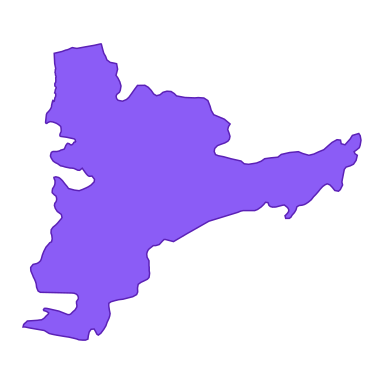 Tatau, Sarawak, Malaysia (Mercator projection)
{"feature_id": "92858781B61228252123101", "entity_name": "Tatau", "entity_type": "district", "adm_level": 2, "iso_a3": "MYS", "parent_name": "Malaysia", "parent_adm1": "Sarawak", "projection": "mercator", "projection_center": [112.968, 2.625], "detail": "fine", "context": "isolated", "style": "filled", "palette": "violet", "viewbox_px": 384, "rotation_deg": 0, "n_neighbors": 0, "source": "geoboundaries", "source_scale": "gbopen_adm2", "svg_char_len": 5396}
<svg xmlns="http://www.w3.org/2000/svg" viewBox="0 0 384 384"><path d="M30.4,328.1L44.3,330.5L49.2,333.5L52.9,334.4L56.5,335.1L60.0,335.7L64.1,336.4L68.8,337.1L72.8,338.0L76.5,338.9L78.9,339.8L82.5,340.1L85.5,340.1L87.9,339.1L88.3,335.9L89.2,332.0L91.1,329.3L94.1,329.0L95.5,331.4L96.9,334.2L98.3,335.1L100.8,333.3L103.8,329.3L105.9,325.8L107.1,322.3L108.9,318.5L109.7,316.0L110.1,313.6L109.3,309.6L108.8,306.1L108.8,303.3L110.9,301.8L115.0,300.6L118.7,299.7L123.0,299.2L132.8,296.7L136.6,294.6L137.7,292.0L137.5,288.0L138.2,284.3L141.0,282.3L143.8,281.0L147.4,279.2L149.0,277.5L149.4,275.1L149.6,273.1L149.2,270.7L149.2,267.3L149.0,265.7L149.0,263.6L149.0,260.8L148.0,258.9L147.1,257.3L146.7,254.0L147.2,252.0L147.9,250.4L149.1,248.9L153.3,245.6L155.7,245.6L159.3,244.5L162.3,241.2L164.0,239.5L165.5,239.5L173.5,241.6L186.9,233.7L208.9,221.2L237.9,212.3L240.7,211.1L243.1,210.6L250.1,210.6L254.7,210.6L257.5,209.5L261.1,207.0L263.8,204.4L265.5,202.3L268.0,202.6L268.9,205.2L270.3,206.5L272.4,207.1L275.8,207.0L282.3,205.3L284.3,205.0L286.9,207.0L288.0,208.2L288.7,209.6L288.7,211.3L287.5,213.2L285.7,215.1L285.0,215.7L285.7,218.4L288.4,218.4L289.3,218.4L291.0,217.1L292.0,215.3L294.4,212.6L296.0,209.9L296.9,206.8L299.1,205.5L302.0,205.2L304.2,204.6L306.0,203.7L308.4,202.1L311.3,199.7L313.6,196.7L315.8,194.5L318.5,191.4L320.2,189.2L322.7,186.5L324.9,184.9L327.2,183.8L329.9,184.9L332.3,187.4L334.8,190.5L338.5,191.2L340.3,189.6L342.6,185.0L341.9,182.0L342.3,179.6L344.3,169.4L346.1,167.1L350.3,165.8L353.5,164.2L356.1,160.4L357.3,155.3L355.0,153.7L354.1,151.7L356.6,149.9L359.3,147.7L360.2,145.0L361.0,140.2L360.2,135.7L358.8,133.5L352.4,135.4L351.3,137.1L350.3,138.8L345.0,144.8L341.2,143.7L340.5,140.1L337.0,139.7L332.1,142.4L328.5,145.5L323.8,149.7L318.5,151.9L314.0,154.0L308.9,155.3L302.7,153.5L298.4,151.7L289.7,152.5L281.3,154.4L277.8,157.2L271.2,157.8L264.7,158.7L261.2,161.2L256.6,163.0L248.6,164.3L244.2,163.8L241.0,161.0L231.2,158.8L223.5,156.7L218.3,155.7L215.5,154.6L214.2,151.5L214.7,148.5L217.5,145.6L221.4,144.1L224.9,142.9L227.9,141.2L229.4,139.2L230.0,136.3L229.0,133.0L227.7,129.5L228.5,126.6L230.1,124.0L224.4,119.2L213.7,114.7L211.2,110.3L210.1,106.3L207.9,100.6L203.9,98.0L198.2,97.6L194.9,97.9L185.0,97.5L176.5,95.9L174.3,93.6L171.1,91.5L166.9,91.2L163.0,92.3L160.0,94.8L156.5,95.7L153.7,94.0L151.2,90.4L148.3,87.3L144.9,85.3L139.0,85.4L137.5,85.4L134.9,88.9L131.3,94.0L128.9,97.3L126.5,99.5L122.5,101.2L118.1,100.3L116.6,98.6L116.1,96.1L116.8,94.4L119.4,92.3L120.3,90.2L121.0,86.0L119.8,81.8L117.9,78.0L116.0,75.3L117.6,69.2L116.6,63.7L114.0,63.1L110.2,62.4L106.9,59.9L105.6,56.4L103.8,53.3L102.9,50.2L102.1,47.1L101.3,44.0L100.5,43.9L94.3,45.3L85.1,46.9L77.0,48.4L74.8,48.1L73.4,47.8L72.3,47.6L71.1,48.1L69.9,48.7L68.6,49.3L67.2,49.8L65.7,50.1L62.0,51.5L54.2,53.3L54.7,63.6L55.6,68.0L55.7,69.0L55.3,69.6L55.3,70.6L55.2,71.5L55.0,72.6L55.5,73.8L55.4,74.9L55.8,75.8L56.1,77.0L55.7,77.7L55.8,79.3L55.8,81.0L55.6,82.5L54.9,83.3L54.8,84.8L54.9,86.0L56.2,87.4L56.1,88.2L55.4,89.5L55.0,91.8L54.6,92.9L55.6,93.6L55.7,94.4L55.7,95.1L55.7,95.9L55.5,96.9L55.0,97.5L54.7,98.9L54.3,101.2L53.6,101.5L53.8,100.7L52.9,100.4L52.4,101.8L51.6,105.3L51.5,106.8L51.0,108.0L50.1,109.6L48.7,111.3L46.9,113.2L46.4,114.6L45.6,121.9L45.6,122.7L46.0,123.2L46.2,123.4L46.8,123.4L47.6,122.7L48.1,122.4L49.1,122.0L50.1,121.6L52.5,121.9L53.5,122.2L54.9,122.7L55.9,123.1L56.8,123.5L57.6,124.0L58.7,124.7L59.5,125.4L60.4,126.1L60.8,126.8L61.0,127.9L61.1,129.2L61.2,130.4L61.1,131.7L60.5,132.9L60.1,133.9L59.9,134.8L59.9,135.5L60.1,136.1L60.6,136.4L66.4,137.2L73.9,138.8L74.8,139.3L75.3,140.0L75.3,140.8L75.6,141.6L75.2,142.0L74.4,142.1L73.7,142.5L73.5,143.3L72.0,144.7L71.4,144.9L70.3,144.7L69.5,143.9L68.5,143.5L67.6,143.3L66.9,143.9L65.8,145.5L65.0,147.5L64.2,149.1L62.7,149.6L60.8,150.1L59.5,150.9L56.9,151.5L53.0,151.5L51.9,152.0L51.2,152.7L50.9,153.8L50.5,155.3L50.5,156.3L51.2,158.0L53.0,160.9L54.0,161.7L55.5,162.7L57.6,163.7L60.5,165.8L63.0,166.3L64.8,166.9L66.5,167.3L68.1,167.6L69.9,168.0L72.0,168.1L73.9,168.4L77.8,170.2L79.7,170.3L82.2,168.2L83.7,170.3L84.8,171.9L86.4,174.0L87.8,175.5L89.2,176.3L92.0,176.1L94.5,179.3L94.2,181.8L91.1,185.0L88.3,186.8L86.3,187.8L82.7,189.4L79.2,190.7L74.5,190.1L68.5,188.5L67.1,186.5L64.6,183.5L62.4,180.6L60.3,178.6L58.7,177.5L55.8,176.8L53.9,177.4L54.1,178.6L55.0,180.6L55.0,183.3L54.6,185.1L53.7,187.0L52.6,188.6L52.2,191.0L52.2,192.7L54.3,194.8L56.0,196.1L56.5,197.7L56.7,199.3L56.2,201.5L54.8,203.3L54.4,205.5L55.3,208.4L57.3,211.5L61.3,214.4L62.0,217.4L61.6,218.3L57.5,223.2L55.7,225.0L53.0,227.2L51.2,229.7L51.0,233.0L51.8,235.3L52.2,238.9L51.5,241.8L49.7,242.8L48.5,244.3L46.0,247.1L43.8,251.4L42.4,255.0L41.3,259.0L40.5,260.8L38.7,262.5L36.9,263.5L33.1,264.4L32.2,265.5L30.7,267.4L30.7,269.0L30.9,271.0L31.6,272.7L32.6,275.0L33.4,277.1L34.5,279.2L35.5,281.6L36.2,283.9L36.6,287.3L37.5,289.6L38.2,291.1L40.3,292.3L71.7,293.0L74.1,293.2L76.3,294.1L77.6,295.3L78.3,297.0L78.3,298.9L77.2,300.5L76.5,301.5L76.5,303.2L76.9,305.4L76.8,307.0L75.9,308.6L74.8,310.2L73.4,311.3L72.0,312.7L70.6,314.1L69.4,314.6L67.8,314.6L58.9,311.1L55.8,310.4L49.2,308.9L46.8,308.4L45.2,308.3L44.3,308.4L43.4,309.8L44.0,310.7L45.4,311.0L47.3,311.9L48.7,312.9L48.2,314.1L45.6,316.5L44.7,317.7L43.4,318.7L41.6,319.8L39.4,320.0L37.5,320.3L27.3,321.0L25.8,322.5L24.4,323.6L23.6,324.7L23.0,327.0L25.1,327.0L30.4,328.1Z" fill="#8b5cf6" stroke="#5b21b6" stroke-width="1.5"/></svg>